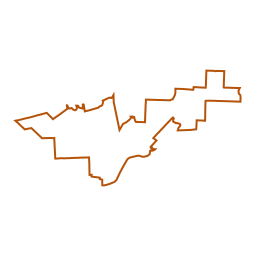 Budesti, Giurgiu, Romania (Natural Earth projection)
{"feature_id": "2599482B32121739895306", "entity_name": "Budesti", "entity_type": "district", "adm_level": 2, "iso_a3": "ROU", "parent_name": "Romania", "parent_adm1": "Giurgiu", "projection": "natural_earth1", "projection_center": [26.452, 44.251], "detail": "fine", "context": "isolated", "style": "outline", "palette": "amber", "viewbox_px": 256, "rotation_deg": 0, "n_neighbors": 0, "source": "geoboundaries", "source_scale": "gbopen_adm2", "svg_char_len": 5392}
<svg xmlns="http://www.w3.org/2000/svg" viewBox="0 0 256 256"><path d="M149.6,154.3L150.2,150.8L152.9,150.6L154.7,149.7L155.2,149.2L153.8,149.1L153.3,149.0L152.8,148.9L151.6,148.6L151.9,148.1L151.3,147.9L151.6,147.4L151.0,147.2L150.8,147.1L150.6,146.9L153.3,144.0L155.0,142.1L156.5,140.5L155.2,139.5L154.8,139.2L153.3,138.1L155.1,136.2L157.0,134.1L158.9,132.2L160.9,130.0L161.8,129.1L164.2,126.5L165.7,124.9L168.3,122.2L171.8,118.5L172.4,117.9L172.7,117.7L172.9,117.6L173.1,117.5L173.8,118.6L173.6,118.9L173.4,119.1L173.2,120.4L173.1,121.1L173.1,121.4L173.3,121.6L173.5,121.9L174.8,122.4L175.0,122.5L175.3,122.7L175.6,123.0L176.0,123.2L176.6,123.1L177.5,123.1L177.9,123.3L179.3,123.8L179.8,124.0L180.1,124.2L180.1,124.3L180.3,124.6L180.3,124.9L180.3,125.3L180.2,125.5L180.1,125.8L180.0,126.0L179.7,126.5L179.0,127.2L178.7,127.6L178.5,127.9L178.4,128.2L178.1,129.4L178.0,129.9L177.8,130.4L186.3,130.1L190.5,129.9L191.0,129.9L196.2,129.3L196.3,128.5L196.4,126.4L196.7,120.3L201.2,120.5L204.2,120.6L204.6,120.7L204.9,120.9L205.1,120.7L205.1,120.3L205.1,119.8L205.2,116.1L205.3,107.9L205.5,101.0L205.7,100.8L206.1,100.7L206.3,100.7L214.7,100.8L219.0,101.0L223.2,101.1L232.0,101.4L237.4,101.6L240.4,101.7L240.5,99.0L240.5,98.8L240.5,98.6L240.6,98.4L240.6,97.5L240.5,96.6L240.5,96.2L240.4,95.8L240.2,95.1L240.2,94.9L238.9,93.7L238.8,93.4L238.7,92.9L238.7,92.3L238.5,90.6L238.8,90.0L239.1,89.5L239.5,88.7L239.8,88.0L237.6,88.0L236.5,88.0L234.2,87.9L232.9,87.9L230.8,87.8L229.1,87.7L227.7,87.7L226.5,87.7L224.4,87.6L223.8,87.6L223.7,87.5L223.7,87.4L223.7,86.8L223.7,86.4L223.8,85.2L223.8,84.0L224.0,78.1L224.1,77.2L224.1,76.1L224.1,75.5L224.2,73.6L224.2,72.4L224.3,71.1L223.6,71.1L219.6,71.0L216.7,70.9L215.8,71.2L215.5,71.2L215.0,71.1L214.6,70.9L212.4,70.8L209.4,70.7L206.4,70.6L206.2,75.5L206.0,82.1L205.9,85.1L205.7,87.7L201.3,87.5L199.9,87.4L199.5,87.4L199.0,87.4L198.5,87.4L197.9,87.3L196.7,87.2L195.6,87.2L193.8,87.0L193.7,87.0L193.5,87.7L193.4,89.5L193.2,89.8L191.9,89.7L189.5,89.5L187.2,89.3L185.4,89.2L184.3,89.1L181.3,88.9L177.0,88.8L175.4,88.7L175.4,91.6L175.3,93.0L175.2,93.7L175.0,94.7L174.7,95.4L174.3,96.2L173.3,98.1L172.7,99.3L172.4,99.3L172.2,99.3L171.9,99.4L171.5,99.6L171.1,99.7L170.5,100.0L170.0,100.2L169.9,100.3L169.6,100.3L166.3,100.2L162.9,100.1L151.7,99.8L148.9,99.7L146.1,99.6L145.9,99.6L145.9,100.9L145.8,102.0L145.8,102.9L145.7,104.0L145.6,105.0L145.6,105.6L145.6,107.1L145.5,108.2L145.5,108.8L145.4,110.8L145.4,111.8L145.3,112.2L145.3,113.3L145.3,115.1L145.2,115.7L145.2,116.3L145.2,117.1L145.2,117.7L145.0,120.8L145.0,121.4L145.0,121.9L145.0,122.2L135.8,121.9L135.2,120.9L135.1,120.6L134.8,119.8L134.6,119.0L134.2,117.1L132.9,117.6L132.6,116.5L131.7,116.6L131.4,116.7L130.8,116.7L131.0,117.0L130.9,117.7L130.7,118.3L130.4,118.8L129.6,119.6L127.9,121.0L126.4,122.2L124.2,123.3L123.1,123.9L123.0,124.0L119.5,130.0L115.7,111.7L113.7,102.1L113.5,95.0L111.8,97.9L111.5,98.0L111.1,98.0L110.7,97.8L110.2,97.6L109.6,97.6L108.6,98.0L107.1,98.7L102.8,100.6L103.2,101.1L103.3,101.2L103.3,101.4L103.0,102.5L102.2,105.1L102.1,105.3L101.5,105.6L100.9,105.9L99.6,106.5L99.2,106.7L99.0,106.9L98.9,107.1L98.8,107.3L98.7,107.5L97.9,107.8L95.8,108.4L90.7,109.9L84.8,111.4L83.7,104.6L83.3,104.4L83.0,104.4L82.8,104.6L82.7,104.7L82.7,105.1L82.9,105.9L82.7,106.6L82.9,107.3L83.2,107.8L83.2,108.3L83.0,108.5L82.3,108.5L80.8,108.1L79.7,107.9L79.3,107.7L78.8,107.3L78.6,106.8L78.4,106.2L78.2,105.9L77.5,105.7L76.3,105.7L76.7,106.5L76.9,107.3L76.8,108.3L76.5,109.4L76.4,109.5L76.0,109.8L75.5,110.1L75.3,110.2L74.9,110.2L74.6,110.2L73.7,109.8L73.2,109.6L72.2,108.7L71.7,108.1L71.4,108.1L71.2,108.1L70.7,108.3L70.4,108.4L70.1,108.4L69.7,108.4L69.1,108.5L68.5,107.8L68.4,107.7L68.2,107.6L68.0,107.4L68.0,107.1L67.9,106.8L67.6,106.1L67.5,105.8L67.3,105.6L67.1,105.5L67.0,105.4L66.9,105.3L66.8,105.5L67.0,106.5L67.3,108.2L67.2,108.4L67.3,108.9L65.7,110.0L64.2,111.1L63.3,111.8L61.7,112.9L60.6,113.8L59.9,114.3L58.5,115.3L55.4,117.4L54.8,117.9L53.7,118.6L53.0,119.2L46.8,112.9L46.4,112.9L45.1,113.3L39.1,114.9L37.7,115.2L33.0,116.6L29.9,117.4L27.3,118.0L25.5,118.4L22.7,119.1L20.3,119.7L18.8,120.1L17.9,120.3L17.6,120.3L16.5,120.5L15.8,120.6L15.4,120.7L17.2,122.3L19.7,124.6L21.2,126.1L23.1,127.8L24.7,129.4L25.5,129.2L27.9,128.7L29.2,128.5L31.4,128.1L32.7,129.3L35.7,132.2L36.6,133.0L39.4,135.7L41.0,137.2L41.9,138.2L43.0,138.2L49.5,138.0L52.9,138.1L53.5,138.1L53.8,138.1L54.3,138.0L54.3,139.7L54.4,140.8L54.6,144.8L54.6,145.2L54.6,145.6L54.6,146.7L54.7,147.5L54.8,149.2L55.1,155.1L55.1,155.9L55.2,158.1L55.3,158.6L57.8,158.5L58.4,158.4L59.8,158.3L61.5,158.2L62.3,158.2L62.5,158.1L62.8,158.2L63.0,158.3L64.1,158.3L65.3,158.3L65.8,158.2L68.2,158.2L70.3,158.1L71.3,158.0L72.4,158.0L74.4,157.9L75.1,157.9L78.0,157.8L79.9,157.7L80.8,157.6L83.5,157.6L85.2,157.5L86.7,157.5L88.3,157.4L89.0,157.4L89.0,158.0L89.1,158.8L89.1,159.1L89.1,159.7L89.3,163.0L89.5,173.3L89.5,174.9L91.6,174.8L91.5,175.4L91.5,176.3L91.5,176.5L92.2,176.7L93.4,176.8L94.1,177.0L94.8,177.0L96.3,177.2L97.1,177.3L99.5,177.6L99.8,177.7L99.8,179.1L102.2,179.6L102.3,185.3L103.2,185.4L104.4,185.3L106.7,184.8L109.9,183.8L111.4,183.2L114.5,181.9L116.4,180.1L118.1,176.5L120.3,171.9L123.7,165.6L125.8,162.0L126.4,160.9L127.1,159.8L127.8,158.9L129.1,158.0L130.1,157.5L135.5,156.2L137.5,155.8L139.5,155.7L140.6,156.2L141.9,156.6L143.2,156.8L144.8,156.6L146.7,156.1L147.7,155.7L149.6,154.3Z" fill="none" stroke="#b45309" stroke-width="2"/></svg>